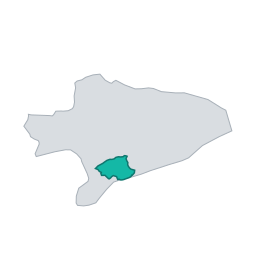 Bubanza on a map of Burundi (Equal Earth projection), rotated 252°
{"feature_id": "BDI-2636", "entity_name": "Bubanza", "entity_type": "Province", "adm_level": 1, "iso_a3": "BDI", "parent_name": "Burundi", "parent_adm1": "", "projection": "equal_earth", "projection_center": [29.392, -3.111], "detail": "fine", "context": "in_parent", "style": "filled", "palette": "teal", "viewbox_px": 256, "rotation_deg": 252, "n_neighbors": 0, "source": "natural_earth", "source_scale": "10m", "svg_char_len": 1634}
<svg xmlns="http://www.w3.org/2000/svg" viewBox="0 0 256 256"><g transform="rotate(252 128 128)"><path d="M171.8,37.5L170.4,39.9L164.1,57.1L162.9,59.7L163.6,61.3L166.3,64.6L164.7,70.0L164.1,71.4L162.9,76.5L163.6,81.1L165.1,82.9L169.1,85.1L175.2,86.7L182.4,90.6L187.2,91.3L188.4,94.1L188.1,99.1L189.3,103.4L189.3,111.1L187.9,117.9L180.5,121.1L176.7,124.6L175.6,126.4L176.6,128.4L177.1,131.2L170.1,138.0L163.0,146.8L161.2,152.8L159.8,159.9L157.7,164.4L152.3,170.9L146.7,184.0L144.0,192.5L130.3,212.9L118.2,223.0L114.7,226.5L93.2,225.9L91.6,212.2L88.3,193.4L80.9,176.4L80.2,169.3L80.5,155.7L80.5,136.4L80.0,126.1L80.2,118.5L81.1,105.4L81.0,97.6L76.2,88.6L70.1,79.0L66.8,74.3L66.7,70.5L66.7,67.0L67.6,61.8L70.0,56.1L72.7,55.5L79.2,57.8L86.0,62.6L89.6,73.5L92.3,75.1L97.3,75.1L110.2,73.6L113.3,73.8L119.2,71.2L125.0,66.6L126.6,61.8L128.0,51.2L129.2,31.9L132.2,31.7L140.2,38.6L142.0,39.0L143.7,38.8L146.5,35.4L149.9,32.6L152.5,32.7L161.9,29.5L166.9,35.3L170.1,37.1L171.8,37.5Z" fill="#d9dde1" stroke="#a8b0b8" stroke-width="1"/><path d="M81.8,117.6L82.1,117.2L81.0,115.9L80.5,114.1L80.3,108.0L80.5,106.1L81.1,104.6L81.9,103.9L82.2,102.9L82.2,102.3L85.3,102.1L87.3,99.3L86.8,97.5L85.9,96.0L85.4,94.6L85.8,93.8L90.1,91.5L91.1,88.2L93.3,88.2L94.0,88.9L95.6,87.3L97.8,86.6L99.5,84.5L101.2,87.7L102.2,93.2L102.8,94.9L103.7,97.9L103.8,101.0L103.1,103.0L102.9,105.1L103.8,107.4L103.6,110.0L102.7,112.1L102.2,114.6L102.6,115.3L102.8,116.1L102.2,117.4L101.4,118.4L99.4,116.6L96.6,116.8L95.3,117.2L94.1,116.7L92.9,116.3L91.6,116.5L89.7,117.0L88.0,118.0L85.8,121.3L83.4,120.2L81.8,117.6Z" fill="#14b8a6" stroke="#0f766e" stroke-width="1.5"/></g></svg>